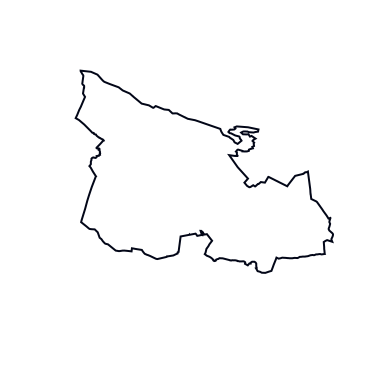 the district of Smiltenes pag., Smiltenes, Latvia, rotated 22°
{"feature_id": "27541924B96099783973372", "entity_name": "Smiltenes pag.", "entity_type": "district", "adm_level": 2, "iso_a3": "LVA", "parent_name": "Latvia", "parent_adm1": "Smiltenes", "projection": "robinson", "projection_center": [25.881, 57.456], "detail": "fine", "context": "isolated", "style": "outline", "palette": "ink", "viewbox_px": 384, "rotation_deg": 22, "n_neighbors": 0, "source": "geoboundaries", "source_scale": "gbopen_adm2", "svg_char_len": 5881}
<svg xmlns="http://www.w3.org/2000/svg" viewBox="0 0 384 384"><g transform="rotate(22 192 192)"><path d="M291.8,129.6L290.9,130.7L289.6,131.3L289.4,131.6L289.2,132.2L288.9,132.5L288.3,133.3L288.4,133.5L281.6,138.4L280.8,141.2L278.5,149.4L278.2,151.0L269.4,150.3L257.3,149.3L257.1,149.4L256.1,156.0L252.1,157.0L250.7,159.7L250.1,159.9L248.6,163.1L248.3,163.2L246.2,162.8L244.3,165.5L243.3,166.1L240.8,165.7L237.1,163.7L238.9,158.6L225.1,151.9L212.7,143.9L218.3,142.5L221.4,141.3L220.8,141.3L219.8,140.7L219.4,140.2L219.0,138.9L218.7,138.4L217.6,138.1L218.1,136.5L218.3,135.9L218.7,135.5L219.0,135.4L222.1,135.1L223.5,135.0L223.6,135.4L226.2,134.5L226.8,134.1L227.6,133.9L229.3,132.6L228.9,131.4L230.0,130.3L230.1,130.1L230.6,129.9L231.4,129.2L232.1,128.7L231.0,127.6L232.3,126.1L231.0,123.9L231.2,123.0L229.0,122.0L229.4,120.7L230.5,119.2L230.9,118.7L226.2,117.7L225.0,118.9L222.7,117.3L221.2,118.1L217.6,119.4L215.3,118.5L216.5,117.1L217.2,116.5L220.7,115.2L222.4,115.2L226.8,113.8L228.2,112.7L230.6,111.3L230.2,109.1L219.7,111.0L209.0,114.4L207.2,116.1L208.5,116.9L207.8,118.2L205.4,119.4L204.1,119.8L203.7,120.7L203.3,122.5L203.7,122.5L203.8,122.8L204.2,123.1L205.0,123.3L206.0,123.0L206.5,123.0L210.9,123.4L214.7,122.9L215.1,122.9L215.5,123.1L216.3,124.4L217.3,125.0L218.0,125.3L218.3,125.6L218.7,125.9L216.3,130.3L212.9,130.0L210.8,128.3L208.0,127.7L206.9,127.5L205.8,127.0L199.7,127.3L197.4,125.7L196.3,124.8L195.1,123.5L194.6,122.9L184.9,123.4L171.0,124.1L167.9,124.3L160.7,125.7L151.0,125.0L148.8,124.7L147.1,125.3L144.9,126.3L144.5,126.4L144.1,126.3L139.7,124.6L135.6,125.8L134.9,125.9L126.2,125.9L126.0,126.1L124.8,128.3L124.2,128.5L119.6,127.8L112.2,128.9L102.5,125.8L97.4,124.0L89.8,123.8L84.8,122.4L75.2,122.7L70.4,122.7L69.4,122.7L67.8,122.2L66.3,121.5L60.4,118.6L53.3,118.4L43.3,121.2L43.6,121.8L44.2,122.3L44.7,122.5L45.1,122.9L46.4,123.9L47.4,124.5L47.8,125.1L49.1,130.4L49.4,131.4L49.6,132.5L50.0,133.0L50.6,133.4L51.7,133.7L52.2,134.0L52.4,134.3L52.6,135.1L52.8,135.4L52.7,135.7L53.0,136.2L52.9,136.5L53.9,140.8L53.9,141.1L54.0,141.4L54.5,141.9L57.2,143.9L57.1,147.3L57.0,154.7L56.7,158.2L56.7,163.7L56.5,167.1L60.2,167.6L66.8,169.8L75.7,173.6L77.1,174.3L77.5,174.4L78.4,174.1L78.8,174.1L79.1,174.4L79.1,174.6L79.2,174.8L79.5,174.9L80.5,174.9L81.4,174.7L82.1,175.3L82.7,175.6L84.0,176.0L84.3,176.1L84.7,176.2L85.1,176.2L85.4,176.4L85.6,176.3L86.5,176.5L86.8,176.4L87.2,176.6L88.9,176.7L89.0,176.8L89.5,176.7L90.0,176.9L90.1,177.2L90.5,177.1L90.9,177.4L90.8,177.5L90.5,177.5L90.4,177.5L90.4,177.8L88.7,182.4L87.0,186.5L86.9,186.7L87.0,187.0L87.9,187.2L89.1,186.6L89.5,186.5L89.9,186.6L90.2,186.8L90.3,187.1L90.3,187.4L90.1,187.5L89.9,187.5L89.9,187.3L89.6,187.2L89.6,187.4L89.7,187.8L90.1,187.7L90.4,187.8L90.4,188.1L91.1,188.5L91.4,188.9L91.5,189.3L91.8,189.5L91.9,190.2L92.1,190.3L92.4,190.6L92.4,190.8L92.2,191.2L92.2,191.5L92.3,191.7L92.6,191.7L92.8,192.0L92.0,192.7L91.9,192.9L92.0,193.4L90.8,193.9L90.1,194.4L90.5,195.0L90.4,195.7L90.1,196.2L89.7,196.6L89.3,196.7L88.0,196.8L87.7,196.9L87.6,197.1L87.2,197.2L86.6,197.9L86.3,198.8L86.8,200.0L86.8,201.5L87.3,202.9L87.8,204.0L87.5,205.7L87.2,206.4L88.9,207.3L92.5,210.2L97.0,213.4L96.9,213.5L97.0,213.9L97.2,225.0L97.7,233.2L98.2,239.3L99.2,247.5L100.2,259.4L100.5,261.5L107.2,263.5L110.2,264.5L111.0,264.6L112.9,264.1L115.8,263.1L119.7,264.7L123.5,269.0L125.6,269.6L127.9,271.1L130.5,272.3L131.1,272.4L133.7,272.0L143.2,274.9L146.4,274.2L147.2,273.8L149.7,272.3L151.4,271.6L154.5,270.7L158.2,269.7L157.4,266.7L159.6,266.2L159.8,266.2L162.5,265.6L167.2,264.5L168.6,265.5L169.8,266.2L171.3,267.0L174.0,267.1L174.5,267.0L177.1,267.0L183.2,267.4L183.9,267.4L185.1,267.1L192.5,261.9L193.3,261.1L193.2,260.9L193.9,260.6L198.5,257.8L200.4,255.7L201.7,254.4L201.3,253.4L201.5,253.0L202.0,252.6L198.1,237.5L205.7,232.6L205.7,232.4L205.9,232.5L210.9,229.3L211.8,229.7L213.3,230.7L214.4,230.0L216.9,228.3L217.4,228.2L214.5,224.8L215.0,224.6L215.3,224.8L216.3,224.9L217.5,225.5L217.7,225.8L217.6,226.3L218.2,226.3L218.2,226.5L217.8,226.9L217.8,227.0L218.3,227.5L221.6,225.5L228.9,229.7L227.7,234.1L227.5,236.1L226.7,239.3L227.3,243.3L227.1,244.8L229.5,245.5L232.6,245.5L234.7,245.9L236.5,246.6L236.9,247.0L237.3,246.9L237.6,247.5L238.5,247.7L239.6,247.0L239.8,246.5L239.7,245.7L240.6,244.8L241.6,244.1L242.2,243.1L245.4,242.0L252.9,241.0L253.0,241.1L253.7,240.9L254.4,240.6L254.5,240.5L254.6,240.3L254.8,240.2L256.1,239.8L256.4,239.6L257.0,239.4L258.1,239.0L258.9,238.9L259.3,238.8L259.7,238.8L259.9,239.0L260.1,239.0L260.3,238.8L262.3,238.5L265.9,236.9L267.3,237.1L267.7,237.3L268.0,238.7L271.2,239.1L272.0,236.7L273.2,236.4L273.0,235.4L273.9,234.1L274.5,233.9L276.0,233.3L277.2,233.5L278.0,234.0L278.3,234.2L278.5,234.6L279.4,236.8L280.4,238.1L279.8,238.7L280.5,239.2L282.5,240.8L284.9,240.5L287.0,240.7L290.3,239.5L293.3,236.9L295.2,235.4L295.1,231.0L295.0,229.0L295.0,223.6L294.9,221.2L297.0,221.3L297.4,221.3L299.1,220.1L300.0,219.3L300.5,219.0L301.8,218.6L303.5,218.0L305.6,217.4L306.4,217.1L307.5,216.8L309.9,215.8L311.7,214.7L314.3,213.8L314.6,213.7L315.0,213.3L315.4,212.9L315.8,212.3L316.2,211.8L317.5,211.2L318.9,210.4L321.1,209.5L321.5,209.2L322.6,208.6L323.6,208.0L325.5,206.3L326.9,205.5L327.4,205.2L328.8,204.9L329.3,204.5L330.4,203.4L331.4,203.0L333.6,201.7L334.1,201.5L335.2,201.4L335.6,201.3L337.1,200.4L338.3,199.7L338.2,199.6L336.6,196.5L335.9,195.3L335.2,193.6L332.9,189.0L334.1,187.3L335.3,186.0L340.7,185.6L339.1,183.9L338.9,183.4L338.9,182.8L339.0,181.6L339.0,180.1L338.8,179.0L338.6,178.4L338.2,178.0L337.5,177.6L333.8,176.3L333.2,175.8L332.6,175.2L332.4,174.4L332.4,173.7L332.4,172.8L332.2,171.3L332.1,170.2L331.9,169.6L330.8,168.7L330.4,167.7L330.1,164.3L330.0,164.2L328.5,165.5L325.6,163.4L321.1,160.6L319.4,159.4L311.7,154.5L310.9,154.2L305.2,153.8L304.3,152.2L302.8,149.5L302.7,149.5L301.8,147.7L301.2,146.4L300.4,144.8L291.8,129.6Z" fill="none" stroke="#020617" stroke-width="2"/></g></svg>